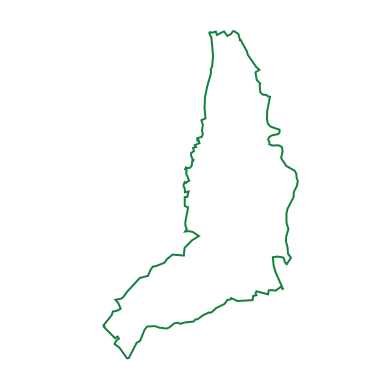 the district of Cork City South West Lea-7, Cork, Ireland, rotated 82°
{"feature_id": "5873133B2000011981509", "entity_name": "Cork City South West Lea-7", "entity_type": "district", "adm_level": 2, "iso_a3": "IRL", "parent_name": "Ireland", "parent_adm1": "Cork", "projection": "orthographic", "projection_center": [-8.54, 51.864], "detail": "fine", "context": "isolated", "style": "outline", "palette": "green", "viewbox_px": 384, "rotation_deg": 82, "n_neighbors": 0, "source": "geoboundaries", "source_scale": "gbopen_adm2", "svg_char_len": 2425}
<svg xmlns="http://www.w3.org/2000/svg" viewBox="0 0 384 384"><g transform="rotate(82 192 192)"><path d="M347.6,277.7L333.5,267.7L332.4,264.3L321.9,258.2L319.0,255.3L319.6,247.5L321.7,243.4L323.7,236.2L322.9,233.2L319.6,227.9L319.5,224.1L320.9,222.1L320.2,217.5L320.5,208.5L318.7,206.4L318.8,204.2L315.8,198.6L313.6,192.0L314.2,190.9L313.7,189.1L310.2,184.0L307.4,175.4L304.0,172.3L303.6,168.6L302.5,168.0L306.2,162.4L307.4,149.1L307.4,146.9L303.5,146.0L303.2,142.6L301.3,143.1L299.3,142.0L303.9,130.9L300.2,129.8L300.0,128.4L301.2,122.7L298.3,117.3L301.4,115.2L283.5,120.3L276.0,121.4L267.8,121.0L267.8,116.6L269.4,111.0L271.1,110.0L274.2,109.9L276.7,108.2L270.9,103.2L266.5,105.5L260.0,105.1L253.6,105.9L249.2,104.9L242.2,101.7L235.6,102.7L226.7,101.5L221.8,99.7L211.2,92.1L206.1,91.1L200.5,87.2L195.8,85.7L192.6,86.4L188.2,86.2L185.2,87.4L179.4,94.9L171.7,98.7L170.2,98.9L164.5,96.6L160.0,96.7L157.8,99.8L157.2,105.7L155.6,108.8L153.7,108.4L150.5,109.3L148.5,108.1L147.1,105.2L146.6,98.4L145.0,97.0L142.6,96.6L138.1,105.2L134.8,107.4L130.0,107.6L122.5,106.3L108.5,101.5L107.9,103.5L106.2,104.8L105.6,108.1L103.0,110.5L95.4,110.1L94.3,109.3L90.0,112.3L82.4,112.5L80.4,108.3L77.4,110.9L63.8,117.7L60.3,118.1L48.3,122.6L48.3,123.4L42.0,124.0L38.6,127.9L38.5,129.0L41.1,131.6L42.3,135.3L37.4,138.0L39.9,145.5L36.4,146.1L37.0,149.5L36.3,152.2L37.0,152.8L42.0,151.3L60.1,152.2L70.9,154.7L72.9,156.2L77.6,156.9L89.7,162.3L100.2,166.0L110.7,167.9L121.0,168.4L122.2,172.7L126.9,171.9L132.5,173.5L136.5,173.3L138.7,174.6L139.6,179.5L141.9,179.4L141.6,178.3L144.6,177.8L146.0,182.8L148.0,181.7L148.5,184.8L151.9,184.4L153.1,187.3L155.7,187.9L160.0,186.8L160.5,186.0L161.5,186.5L161.5,187.5L165.9,188.6L167.6,190.5L167.9,193.2L166.8,194.6L168.4,195.7L169.9,194.3L173.1,195.2L180.5,193.2L181.4,196.1L182.3,196.7L181.2,197.9L184.3,199.6L187.9,198.7L191.3,199.0L191.0,195.3L196.4,197.4L196.0,199.9L204.8,201.1L206.7,198.0L221.2,202.9L224.8,203.2L228.1,202.3L230.2,204.3L230.3,200.6L231.7,196.8L236.6,191.3L239.8,198.7L246.3,207.1L253.8,209.0L251.3,219.9L255.0,226.1L258.3,229.4L260.4,238.2L260.4,241.2L263.7,244.2L268.9,247.2L269.9,255.7L281.6,270.0L286.5,274.7L287.8,277.3L288.1,282.8L291.6,280.5L297.7,278.9L299.3,283.7L299.3,287.0L302.8,288.7L311.8,298.3L313.1,297.3L313.6,297.9L326.0,288.6L324.8,285.7L327.1,284.8L328.5,287.5L331.6,289.9L336.2,285.4L347.7,279.5L347.6,277.7Z" fill="none" stroke="#15803d" stroke-width="2"/></g></svg>